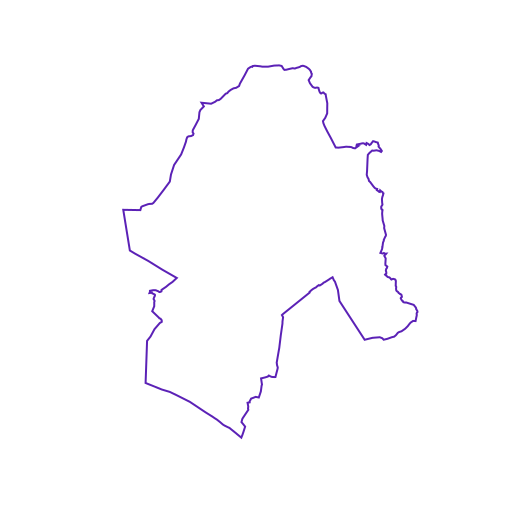 the district of Huiramba, Michoacán, Mexico, rotated 230°
{"feature_id": "50627088B30208829645269", "entity_name": "Huiramba", "entity_type": "district", "adm_level": 2, "iso_a3": "MEX", "parent_name": "Mexico", "parent_adm1": "Michoacán", "projection": "natural_earth1", "projection_center": [-101.469, 19.525], "detail": "fine", "context": "isolated", "style": "outline", "palette": "violet", "viewbox_px": 512, "rotation_deg": 230, "n_neighbors": 0, "source": "geoboundaries", "source_scale": "gbopen_adm2", "svg_char_len": 6056}
<svg xmlns="http://www.w3.org/2000/svg" viewBox="0 0 512 512"><g transform="rotate(230 256 256)"><path d="M393.3,289.2L392.9,288.3L391.5,287.0L389.9,286.8L389.1,285.5L389.6,283.4L391.1,281.1L391.2,279.6L390.1,277.7L388.6,275.8L385.5,270.6L381.9,263.9L378.4,251.8L373.1,243.3L368.4,237.8L365.9,227.4L363.8,218.0L362.6,211.4L362.8,209.9L364.1,208.3L365.1,206.6L367.2,200.8L367.3,199.6L365.5,196.9L376.7,184.0L341.3,162.9L335.7,164.8L321.7,170.2L305.6,175.5L290.1,181.2L289.8,175.3L290.1,172.3L290.2,171.1L290.2,167.3L290.7,162.4L290.7,161.7L290.2,161.4L289.7,160.8L290.0,159.6L290.5,158.8L292.0,158.4L292.4,158.1L294.2,157.2L295.2,156.1L295.8,155.4L296.4,154.4L297.0,153.3L297.5,152.4L296.7,151.7L296.1,150.6L295.4,151.7L294.9,152.7L294.1,152.5L292.5,153.3L291.4,153.7L290.9,153.4L290.4,152.8L290.3,152.2L289.9,151.7L289.4,150.6L288.9,149.9L287.8,149.7L286.7,149.4L286.1,148.4L285.1,147.6L282.9,145.7L280.4,141.0L271.0,142.0L270.4,141.9L269.3,142.6L268.6,142.5L268.0,142.5L267.5,142.5L266.7,142.0L266.1,141.4L266.5,139.3L265.7,134.3L265.2,131.2L262.1,123.4L261.0,118.0L229.7,89.8L214.3,98.0L207.3,102.6L200.0,105.9L186.7,111.6L168.9,116.8L160.5,119.5L158.3,120.1L155.8,120.9L151.9,121.7L148.2,122.3L146.0,123.0L145.6,123.3L144.7,123.6L141.6,125.0L141.4,125.2L140.5,125.3L133.4,126.7L132.4,126.9L132.2,126.9L126.3,128.0L127.8,130.8L129.5,133.6L132.3,138.0L135.5,138.1L138.1,138.1L140.0,140.8L140.4,141.9L143.1,151.2L144.5,152.0L145.4,153.1L146.5,153.8L149.0,155.2L148.0,157.0L148.5,157.2L149.9,160.6L149.2,162.5L148.3,165.2L145.8,167.2L149.1,172.6L153.2,177.1L153.6,177.9L159.0,181.2L157.2,184.8L156.0,187.6L156.0,187.8L156.0,188.0L156.2,188.4L156.2,188.7L156.2,189.0L154.9,189.5L153.5,190.2L152.9,190.7L151.3,192.4L150.8,193.1L155.8,200.1L156.5,200.9L156.8,201.1L158.5,201.8L159.3,202.2L160.1,202.8L160.9,203.2L168.1,211.7L170.6,214.7L179.4,224.1L187.2,232.8L188.8,234.2L191.7,237.4L194.1,237.9L194.2,239.4L193.5,273.6L194.1,273.9L194.2,276.7L194.1,278.5L193.8,280.2L193.4,281.8L193.5,283.8L193.3,285.4L192.9,285.4L192.4,286.0L192.2,287.4L192.0,289.1L192.1,290.7L191.7,292.1L191.5,293.7L191.1,296.7L191.0,298.1L190.5,301.0L187.5,300.1L185.6,300.0L177.3,296.9L167.9,291.0L122.0,285.4L118.4,292.7L114.2,298.6L111.8,299.9L109.8,300.0L108.1,303.4L106.5,307.8L105.4,310.0L105.4,312.4L106.0,315.2L105.8,316.6L104.8,319.1L104.4,323.5L104.7,327.1L105.3,329.7L105.6,331.6L105.3,334.6L103.6,336.4L106.7,340.3L106.9,340.7L107.6,341.3L107.9,341.6L108.4,341.8L108.7,342.1L109.1,342.7L109.2,343.0L109.2,343.3L109.2,343.5L109.7,344.0L110.4,344.3L111.3,344.4L112.0,344.6L112.5,344.6L112.7,344.8L113.1,345.1L113.8,345.3L117.2,345.4L123.8,341.2L124.1,341.0L124.4,340.3L125.1,339.8L125.7,339.3L125.9,339.2L126.2,339.2L126.4,339.3L126.6,339.4L126.8,339.5L127.0,339.5L127.2,339.3L127.5,339.2L128.9,339.3L130.3,339.6L130.6,339.7L130.8,340.0L130.9,340.3L130.9,341.5L131.4,341.8L132.9,342.5L133.3,342.4L133.7,342.2L134.0,342.2L134.3,341.9L135.2,341.8L135.9,341.5L136.1,341.5L137.0,341.7L137.5,341.6L138.1,341.4L138.6,341.3L139.2,341.3L139.6,341.4L140.4,341.9L141.3,342.6L141.8,343.2L142.3,343.6L142.7,343.8L143.3,343.8L147.0,347.1L147.5,347.3L148.1,347.5L148.7,347.5L149.0,347.2L149.7,346.9L150.2,346.5L150.5,346.1L150.7,345.6L150.8,344.9L150.9,344.6L151.3,344.5L152.1,344.6L153.6,344.5L153.9,344.4L154.1,344.3L154.6,343.8L155.3,343.4L155.6,343.3L156.5,343.3L157.4,343.1L158.0,342.9L158.8,342.9L158.9,343.9L158.8,344.1L158.7,344.4L159.2,344.9L160.0,345.5L160.8,345.8L161.6,346.3L162.0,346.9L162.3,347.4L162.5,347.6L162.6,348.3L162.7,348.6L163.5,349.8L164.1,349.7L165.8,349.3L166.9,350.1L170.8,353.8L173.7,354.4L173.8,354.7L173.9,355.3L173.9,355.8L173.9,356.4L174.1,357.3L174.6,356.6L175.1,356.1L175.9,356.0L176.1,355.9L176.3,354.9L176.4,354.7L178.4,353.3L180.2,356.9L181.3,358.3L181.7,358.4L181.7,358.7L184.7,362.0L185.6,363.8L186.2,364.2L187.7,367.4L188.0,368.4L188.7,369.2L195.0,372.1L196.5,373.6L201.8,375.9L203.0,376.8L205.2,378.3L207.2,379.7L208.8,381.2L209.9,382.5L210.1,382.5L210.5,382.2L211.6,382.3L211.7,382.6L212.5,383.0L213.0,383.3L213.3,383.7L213.6,384.4L213.8,385.4L214.1,385.7L214.2,386.0L215.6,386.8L217.5,388.2L218.7,389.1L220.0,390.7L220.8,392.1L222.0,393.8L222.3,393.6L223.5,394.0L223.8,394.0L224.4,393.7L225.0,393.5L226.5,393.3L225.8,392.4L225.6,392.3L225.4,392.0L226.1,391.5L227.2,391.4L228.8,390.9L229.5,391.9L230.3,391.3L231.4,390.8L232.3,390.7L234.2,390.7L239.3,391.0L240.8,390.8L242.9,391.8L244.5,392.0L247.0,393.0L249.6,395.6L258.8,404.0L261.6,406.7L262.0,409.0L262.1,412.8L261.1,413.7L259.5,416.3L257.3,417.9L255.3,418.7L255.6,419.9L257.7,420.2L261.0,420.2L261.8,421.1L263.4,421.6L264.6,422.2L266.3,421.0L267.3,420.5L268.7,419.5L268.1,416.6L267.8,415.8L268.0,414.3L269.9,414.0L271.5,413.3L270.4,411.8L271.9,411.3L272.7,411.1L272.9,411.0L273.5,410.5L274.0,409.8L274.8,408.2L276.6,404.9L275.8,403.8L274.5,405.0L274.8,401.1L276.3,399.8L278.0,399.1L279.3,398.0L279.3,397.9L281.8,395.3L283.2,393.0L286.0,388.8L287.9,386.8L298.4,389.2L305.8,390.7L311.7,392.1L314.4,393.0L316.3,394.0L317.3,397.8L319.5,402.2L322.2,404.5L327.2,408.8L333.5,412.3L335.1,413.3L335.4,413.1L336.8,412.8L337.9,412.8L338.2,412.4L338.4,411.9L338.5,410.6L338.7,410.3L339.1,410.1L340.2,410.1L341.3,410.4L343.5,411.3L344.2,411.7L344.4,411.8L344.6,411.9L345.2,411.6L345.8,411.0L346.1,410.6L346.7,409.5L347.0,409.2L347.8,408.7L349.2,408.1L353.7,408.4L356.9,409.4L357.9,412.8L358.0,413.9L359.6,415.8L359.9,415.9L360.8,416.0L361.2,416.2L362.0,416.7L362.7,416.7L363.9,416.9L365.4,416.8L368.6,416.0L370.8,414.8L371.6,414.2L372.5,412.6L372.7,411.1L373.2,409.8L374.1,407.9L374.6,406.3L376.3,404.8L377.9,401.7L379.2,399.0L380.3,397.4L381.4,397.3L385.1,397.8L387.1,396.3L390.2,392.3L393.3,386.9L396.9,382.6L398.6,381.2L402.5,377.4L403.6,375.6L403.3,374.8L403.9,374.4L404.3,373.1L404.6,370.3L401.7,363.3L398.4,354.5L397.1,352.3L397.6,348.9L398.9,346.5L399.5,343.4L399.6,340.6L399.2,338.7L399.8,337.1L399.1,329.9L399.3,327.8L400.4,326.1L400.4,323.9L401.5,319.5L408.4,312.8L404.1,312.2L403.6,307.3L402.5,305.1L397.8,300.3L395.1,293.8L393.3,289.2Z" fill="none" stroke="#5b21b6" stroke-width="2"/></g></svg>